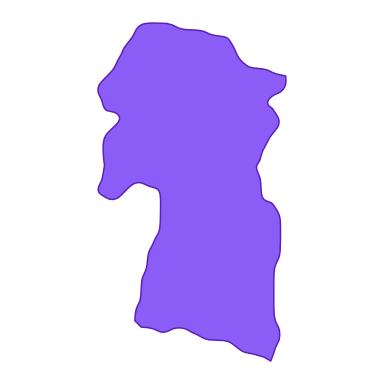 the district of Juan Santiago, La Estrelleta, Dominican Republic
{"feature_id": "3306468B19325324705004", "entity_name": "Juan Santiago", "entity_type": "district", "adm_level": 2, "iso_a3": "DOM", "parent_name": "Dominican Republic", "parent_adm1": "La Estrelleta", "projection": "orthographic", "projection_center": [-71.601, 18.728], "detail": "fine", "context": "isolated", "style": "filled", "palette": "violet", "viewbox_px": 384, "rotation_deg": 0, "n_neighbors": 0, "source": "geoboundaries", "source_scale": "gbopen_adm2", "svg_char_len": 2766}
<svg xmlns="http://www.w3.org/2000/svg" viewBox="0 0 384 384"><path d="M270.7,361.0L273.2,354.7L275.5,347.6L279.0,340.2L279.7,335.8L279.7,332.8L279.3,329.9L278.4,327.2L275.5,321.1L274.7,317.9L274.2,314.6L273.8,306.1L273.8,281.9L274.0,273.4L274.6,268.4L275.4,265.3L278.8,257.8L279.6,254.5L280.1,251.2L280.5,238.9L280.5,226.4L280.3,221.2L279.9,217.7L279.0,214.5L277.2,210.7L273.7,205.3L272.0,203.4L271.0,202.7L266.6,201.0L264.5,199.9L263.6,199.1L262.2,196.8L261.3,192.5L260.7,182.9L260.3,179.7L259.5,176.6L257.1,170.7L256.6,168.3L256.5,167.0L257.1,164.8L259.8,160.3L262.0,152.6L263.1,150.0L269.8,137.3L277.3,127.7L278.6,125.0L278.9,123.6L279.0,120.7L278.7,119.2L277.7,116.7L272.9,109.2L272.2,108.4L268.9,105.8L268.3,105.0L267.9,104.0L267.6,102.9L267.8,101.6L268.9,99.2L271.9,96.4L274.3,94.8L278.1,93.2L280.5,91.9L283.4,89.1L284.8,86.7L285.7,83.9L286.0,80.9L285.7,76.0L275.9,73.8L273.2,72.8L268.2,70.4L265.4,69.5L262.2,68.9L252.4,67.8L249.2,66.9L246.5,65.4L242.8,62.4L240.6,60.1L238.7,57.6L237.1,55.0L234.3,48.4L230.3,41.5L228.8,39.4L227.9,38.5L226.6,37.7L225.3,37.1L222.4,36.5L213.0,35.1L210.2,34.2L203.9,31.4L200.8,30.7L195.9,30.1L186.0,29.6L181.2,28.9L178.4,27.9L172.2,24.9L166.5,23.4L152.3,23.0L146.2,23.4L143.3,24.0L141.9,24.5L140.6,25.2L138.4,26.9L136.6,29.0L135.9,30.1L133.4,35.2L131.8,37.8L126.1,45.1L124.3,47.6L122.9,50.3L121.2,54.3L117.8,60.3L115.4,65.6L114.0,68.1L112.2,70.6L110.1,72.9L101.6,81.7L99.8,84.0L99.0,85.3L98.1,88.1L98.0,91.0L98.3,92.5L99.2,95.0L101.5,99.8L103.5,106.3L104.7,108.6L105.5,109.6L106.5,110.3L107.7,110.8L113.9,112.2L116.2,113.2L118.1,114.8L118.8,115.8L119.3,117.0L119.6,118.2L119.4,119.6L118.3,122.0L116.6,124.1L110.3,130.3L107.1,133.6L105.4,136.1L104.2,138.9L103.3,143.4L103.1,149.6L103.5,157.5L104.5,165.6L102.4,177.8L101.5,180.6L98.8,186.3L98.2,188.7L98.2,190.0L98.5,191.3L99.0,192.6L99.9,193.6L101.8,195.1L107.2,198.3L109.7,199.2L112.7,199.5L115.6,198.9L117.0,198.3L118.4,197.5L120.8,195.5L128.8,187.5L131.2,185.4L133.9,183.7L135.3,183.1L138.2,182.6L139.6,182.6L142.4,183.2L148.3,185.9L156.0,188.3L158.1,189.8L159.0,191.0L160.0,193.8L160.5,198.4L160.6,205.0L160.3,222.0L159.7,228.6L159.3,230.2L158.3,233.1L155.0,239.1L152.7,244.4L149.5,250.5L148.5,253.4L147.9,256.6L147.0,264.8L146.4,268.0L145.5,270.8L142.7,277.1L141.9,280.2L141.4,285.0L140.9,294.9L140.5,298.1L139.7,301.2L136.9,307.4L136.0,310.1L135.2,314.6L134.9,320.8L141.2,327.1L147.4,327.6L151.8,328.4L154.5,329.3L159.3,331.5L161.9,332.1L163.3,332.2L164.8,332.1L167.4,331.4L172.1,329.2L174.7,328.3L179.1,327.8L183.5,328.3L186.3,329.2L192.3,332.5L197.6,334.9L202.4,337.6L205.0,338.8L209.4,339.8L223.2,340.5L227.7,341.4L229.1,341.9L231.8,343.4L239.1,349.1L243.0,351.6L245.8,352.5L253.1,354.0L263.8,357.0L270.7,361.0Z" fill="#8b5cf6" stroke="#5b21b6" stroke-width="1.5"/></svg>